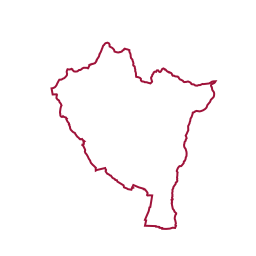 outline of Baiculesti, Arges, Romania, rotated 26°
{"feature_id": "2599482B94313215518908", "entity_name": "Baiculesti", "entity_type": "district", "adm_level": 2, "iso_a3": "ROU", "parent_name": "Romania", "parent_adm1": "Arges", "projection": "mercator", "projection_center": [24.661, 45.06], "detail": "fine", "context": "isolated", "style": "outline", "palette": "rose", "viewbox_px": 256, "rotation_deg": 26, "n_neighbors": 0, "source": "geoboundaries", "source_scale": "gbopen_adm2", "svg_char_len": 5733}
<svg xmlns="http://www.w3.org/2000/svg" viewBox="0 0 256 256"><g transform="rotate(26 128 128)"><path d="M214.1,197.2L213.9,196.5L214.1,196.0L214.0,194.9L213.7,194.9L213.2,194.6L213.0,194.1L212.9,192.8L210.8,190.1L210.2,189.6L209.8,189.1L209.4,188.3L209.1,187.3L208.8,185.7L208.8,184.8L209.0,184.3L208.7,183.5L206.4,182.8L205.7,182.0L204.7,181.4L203.7,181.0L201.0,177.5L200.7,176.8L200.2,176.5L200.1,176.0L200.2,175.6L200.1,175.2L199.7,174.9L199.4,174.2L199.0,173.7L198.6,173.5L198.8,172.5L199.4,172.7L199.4,172.4L198.2,171.4L198.0,171.1L197.9,169.7L197.4,169.2L197.2,168.4L196.9,168.1L196.2,167.1L195.9,165.6L195.0,164.0L195.1,162.4L194.8,161.6L194.7,161.2L195.0,159.1L195.3,157.6L195.2,156.9L194.9,156.3L195.0,155.7L195.4,155.2L195.6,154.6L195.5,153.9L195.3,153.5L194.8,153.1L194.5,151.9L193.9,151.3L193.1,148.9L192.3,147.2L192.1,146.2L191.8,146.0L190.9,145.6L190.6,145.1L190.4,142.5L190.5,141.4L191.0,139.7L192.3,139.1L192.6,138.7L193.4,135.5L193.4,134.9L193.0,134.1L192.9,133.5L193.4,132.8L193.4,132.0L193.4,131.0L193.0,129.5L192.8,129.1L192.9,127.9L192.7,127.2L191.8,125.1L191.0,123.8L188.9,121.5L187.3,120.7L186.4,119.7L185.7,118.4L185.5,117.2L185.1,116.1L185.0,115.5L185.4,114.2L185.0,113.0L185.2,111.5L184.2,110.4L183.2,109.6L183.3,107.4L183.2,105.7L183.2,103.7L181.2,99.9L181.3,98.8L181.2,98.0L181.3,96.9L181.0,96.1L180.9,95.5L180.9,95.2L180.9,94.7L180.3,92.8L180.1,92.1L180.3,90.1L179.8,86.5L179.5,86.2L179.7,85.4L180.0,85.3L180.8,84.5L181.0,83.7L182.1,82.6L185.1,81.7L186.3,80.7L187.7,79.2L189.0,77.1L189.5,75.6L189.6,75.0L189.3,72.6L190.3,68.5L190.1,66.4L191.3,62.9L191.3,61.9L191.1,61.1L190.7,60.0L190.2,59.0L189.5,58.2L188.8,57.7L187.6,57.2L186.8,56.5L186.2,55.6L185.4,54.5L184.7,54.3L184.0,53.5L183.8,52.9L183.9,52.2L185.8,49.7L186.1,48.8L186.2,47.6L184.4,48.6L183.3,49.4L181.4,52.4L176.7,55.4L175.6,55.8L174.0,57.8L172.5,58.6L171.7,59.6L169.8,60.3L168.6,60.0L167.2,60.2L166.6,60.6L165.8,60.7L164.4,59.8L161.8,59.8L161.2,60.1L160.5,60.8L158.4,62.1L157.7,62.1L156.6,61.5L154.3,61.4L153.7,61.6L152.2,61.1L151.3,60.3L150.8,60.3L150.2,60.0L148.1,60.8L146.9,61.0L146.2,60.8L145.3,61.4L144.5,61.0L143.6,60.1L142.7,59.7L141.4,59.7L140.9,60.1L140.4,59.7L140.0,59.7L139.8,60.0L138.8,60.0L137.3,59.6L136.4,59.1L135.7,59.0L135.3,59.4L135.0,59.3L134.8,59.0L133.8,58.9L133.3,59.4L132.9,60.0L132.8,60.6L132.9,61.4L132.7,62.9L132.2,63.7L131.5,63.8L129.7,63.0L128.7,63.6L128.6,65.2L128.0,65.3L127.2,65.8L126.7,66.9L126.9,67.4L126.8,68.9L126.5,69.4L126.9,70.8L126.6,72.4L126.9,72.8L127.1,73.4L129.3,75.7L129.3,76.2L128.6,78.1L125.8,78.6L125.2,78.6L124.2,78.9L122.9,79.5L122.3,79.4L121.4,79.5L120.8,79.8L119.7,80.0L119.3,79.7L118.6,79.4L118.0,78.1L116.7,77.7L114.5,77.9L114.2,78.1L112.9,78.4L111.7,76.5L111.5,75.9L110.4,74.4L109.6,73.8L108.8,72.1L108.2,71.6L107.2,70.0L106.8,69.7L105.7,69.6L105.2,69.3L104.8,68.5L104.7,67.7L104.1,67.0L103.5,66.2L102.7,65.6L102.0,64.6L100.1,63.8L99.1,62.6L98.4,61.3L97.3,59.9L96.6,59.6L95.6,58.5L95.1,57.4L93.1,57.6L91.6,58.0L90.3,58.1L89.9,58.8L89.9,59.9L89.1,60.7L89.0,61.8L87.9,63.1L87.1,63.5L86.7,64.1L85.3,64.7L84.4,64.9L82.4,65.2L81.0,63.7L78.8,62.9L75.8,62.8L75.3,62.1L74.8,61.0L74.4,60.8L73.7,60.3L72.2,60.3L71.2,61.1L70.6,61.7L70.3,62.5L70.0,64.1L69.7,64.6L69.6,65.2L69.9,67.5L69.9,68.4L70.1,70.0L70.2,72.0L70.1,72.8L70.2,73.8L70.0,74.0L70.0,74.3L70.3,75.1L70.5,76.3L70.4,77.2L70.5,77.6L70.1,79.0L70.2,80.1L70.0,80.5L70.0,81.1L70.3,81.4L70.2,81.8L70.2,83.0L69.9,83.6L69.9,84.2L68.1,86.0L67.6,86.1L67.2,86.9L66.8,87.2L66.3,87.3L66.2,87.5L66.2,88.0L65.8,88.4L66.0,88.5L65.9,90.3L66.0,91.1L66.0,91.6L65.9,91.9L64.8,91.9L61.9,93.2L61.5,93.6L60.7,94.7L60.6,95.2L59.9,96.5L59.4,97.0L59.1,97.0L58.5,97.4L57.8,99.1L57.4,99.5L55.7,100.5L54.5,100.8L52.5,100.1L52.2,99.6L51.2,99.6L50.8,100.2L49.9,101.0L49.0,101.4L47.9,101.7L47.9,102.4L48.1,104.0L48.6,104.9L49.5,106.0L49.7,106.8L49.9,107.1L49.8,108.2L49.3,110.0L48.8,111.2L47.9,112.2L47.0,113.6L46.4,114.0L45.1,114.7L45.0,115.8L44.9,119.5L45.0,120.8L44.7,122.5L44.4,123.4L43.8,124.2L42.8,125.3L41.9,125.9L45.6,130.9L49.1,129.0L49.7,129.4L49.7,130.1L50.5,132.4L52.3,133.4L53.0,133.3L54.1,133.6L55.0,134.7L56.9,135.6L58.4,136.9L58.3,137.8L58.8,140.2L59.7,142.9L60.3,144.3L60.8,144.7L61.0,145.2L61.8,146.5L62.1,146.7L62.7,147.0L63.4,147.1L64.1,146.8L64.5,146.5L64.5,145.9L65.6,146.1L67.7,145.8L68.0,146.2L69.0,146.4L68.8,147.2L70.9,148.8L72.5,149.5L73.0,149.8L73.3,150.5L73.6,150.6L73.5,150.9L73.9,151.1L74.6,151.8L75.3,152.3L75.6,152.7L75.8,153.3L77.2,154.6L79.6,155.5L80.9,155.8L82.1,155.7L82.8,155.9L83.0,156.2L83.6,156.7L84.2,156.9L85.0,157.5L85.7,157.7L86.1,158.0L86.7,158.2L87.7,158.3L88.7,158.8L89.8,159.1L90.1,158.8L90.4,158.9L90.8,158.7L91.5,158.0L92.3,158.5L94.5,159.0L93.9,159.6L93.9,159.9L94.2,160.2L94.8,160.5L94.9,161.0L95.3,161.7L95.2,162.2L94.3,162.8L94.4,163.4L95.7,163.7L98.7,166.1L99.2,166.6L99.5,168.0L100.6,169.1L102.4,169.9L104.6,171.4L106.1,172.7L107.5,173.5L108.3,173.9L108.6,174.4L110.0,175.6L112.5,176.6L113.4,176.8L116.6,177.9L116.7,178.6L117.7,180.4L118.4,179.4L125.0,174.0L125.5,174.6L126.5,175.1L126.7,175.3L126.8,175.9L126.7,176.5L127.0,176.9L129.4,178.2L130.9,178.1L132.7,178.5L133.5,178.3L135.7,179.5L136.9,179.7L138.3,179.6L139.2,180.2L139.5,180.3L140.9,179.8L141.9,180.8L149.2,181.5L150.3,183.0L150.5,183.1L153.5,182.8L154.3,183.0L154.7,183.0L158.1,182.0L157.9,180.6L158.8,179.5L157.8,179.2L157.9,178.9L157.8,176.9L163.8,176.6L168.8,175.7L169.0,176.2L170.5,175.8L170.9,176.2L172.4,176.8L173.8,177.6L174.2,178.0L174.5,179.9L175.1,180.1L177.0,179.0L179.3,178.0L182.7,189.3L182.1,190.0L182.9,192.9L183.1,194.2L183.5,203.2L184.8,203.1L186.1,208.4L196.0,204.0L196.3,204.4L199.5,203.2L200.0,203.9L202.6,202.9L202.9,203.6L206.5,202.0L209.7,200.1L211.9,198.0L214.1,197.2Z" fill="none" stroke="#9f1239" stroke-width="2"/></g></svg>